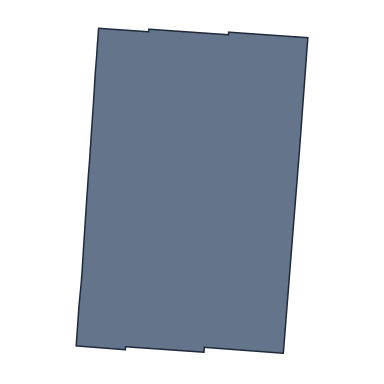 the district of Cherry, Nebraska, United States of America, rotated 274°
{"feature_id": "52423323B98864499560077", "entity_name": "Cherry", "entity_type": "district", "adm_level": 2, "iso_a3": "USA", "parent_name": "United States of America", "parent_adm1": "Nebraska", "projection": "mercator", "projection_center": [-100.973, 42.543], "detail": "fine", "context": "isolated", "style": "filled", "palette": "slate", "viewbox_px": 384, "rotation_deg": 274, "n_neighbors": 0, "source": "geoboundaries", "source_scale": "gbopen_adm2", "svg_char_len": 651}
<svg xmlns="http://www.w3.org/2000/svg" viewBox="0 0 384 384"><g transform="rotate(274 192 192)"><path d="M354.0,296.8L354.0,217.4L351.4,217.4L351.4,137.6L348.8,137.6L348.8,122.6L348.8,87.4L335.4,87.4L334.4,87.3L323.3,87.4L322.3,87.4L302.5,87.2L292.0,87.3L290.4,87.3L288.9,87.4L276.7,87.4L275.6,87.5L235.7,87.5L232.3,87.6L229.1,87.5L220.4,87.6L219.4,87.6L213.3,87.6L206.0,87.5L175.1,87.5L174.8,87.6L174.6,87.6L174.4,87.5L128.8,87.7L107.6,87.9L92.7,87.8L69.7,87.2L30.4,87.2L30.0,136.5L33.0,136.6L33.0,215.1L37.9,215.1L37.5,294.3L43.3,294.4L141.2,295.3L239.3,296.3L337.1,296.7L354.0,296.8Z" fill="#64748b" stroke="#1e293b" stroke-width="1.5"/></g></svg>